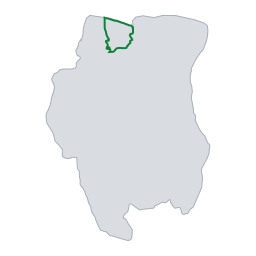 where Coronie sits in Suriname
{"feature_id": "SUR-71", "entity_name": "Coronie", "entity_type": "District", "adm_level": 1, "iso_a3": "SUR", "parent_name": "Suriname", "parent_adm1": "", "projection": "equal_earth", "projection_center": [-56.304, 5.634], "detail": "fine", "context": "in_parent", "style": "outline", "palette": "green", "viewbox_px": 256, "rotation_deg": 0, "n_neighbors": 0, "source": "natural_earth", "source_scale": "10m", "svg_char_len": 3506}
<svg xmlns="http://www.w3.org/2000/svg" viewBox="0 0 256 256"><path d="M203.1,49.7L199.7,53.6L196.0,59.1L191.2,68.5L191.4,71.5L190.4,73.8L190.1,78.1L190.5,82.8L191.7,85.9L192.3,91.8L191.3,97.2L191.7,100.2L192.7,105.1L193.5,110.4L193.4,112.5L194.6,114.2L195.7,115.9L195.3,120.5L199.2,128.8L201.5,132.5L204.9,136.0L206.2,139.4L208.1,143.6L209.2,144.1L209.9,145.7L209.3,149.0L209.1,153.4L207.0,158.6L201.9,168.0L201.3,170.3L202.6,178.1L201.9,184.6L201.6,187.6L199.2,193.3L193.3,207.0L190.0,209.5L187.9,213.4L186.6,213.5L185.2,213.8L184.7,214.3L182.9,214.3L181.4,212.5L181.2,210.5L180.4,208.1L178.6,207.4L175.2,208.2L174.2,207.6L172.2,205.1L170.5,202.3L170.1,199.6L169.0,199.9L166.4,202.3L164.6,202.8L163.2,202.2L161.6,202.3L157.7,204.9L155.3,205.5L153.7,208.1L142.7,209.3L139.8,210.0L133.2,205.5L131.5,204.0L130.6,203.8L129.9,204.0L129.2,205.0L128.1,210.7L127.1,212.3L125.4,213.5L123.7,215.8L123.3,218.0L125.9,219.2L128.1,223.5L130.4,226.9L132.3,229.9L132.1,233.3L131.7,238.2L130.4,239.8L128.1,240.6L119.7,238.3L113.3,236.2L110.6,235.7L109.4,235.2L107.8,233.4L106.2,231.8L103.6,231.2L100.5,230.1L98.2,225.8L95.8,219.8L95.0,217.0L93.2,214.4L91.3,210.6L90.8,207.3L89.4,204.2L88.7,203.2L87.6,199.0L87.4,197.4L86.9,197.2L86.1,195.9L84.7,191.4L84.3,190.3L83.7,189.9L82.0,186.8L80.6,185.7L80.1,184.1L80.2,179.7L79.5,177.6L79.3,173.5L79.3,171.8L78.6,170.0L77.4,168.8L77.2,165.9L76.9,158.6L76.4,157.3L71.4,157.4L70.9,158.1L68.8,158.5L66.4,158.6L64.3,157.6L62.5,156.3L62.2,154.7L62.4,149.7L59.6,145.8L55.0,141.1L53.7,135.0L52.0,131.2L47.0,123.4L46.1,118.0L46.1,114.1L47.9,110.6L50.4,104.5L51.4,98.9L52.1,96.0L53.4,92.2L54.5,87.2L53.7,84.2L52.2,81.2L51.7,79.0L53.1,75.7L54.6,73.4L56.2,73.1L58.3,71.7L60.0,69.7L62.5,69.2L65.6,69.0L72.0,69.0L75.3,68.1L76.3,66.5L76.2,63.5L77.8,60.7L79.5,59.5L80.2,58.6L80.3,57.6L79.8,56.7L79.2,56.0L77.4,55.8L75.8,51.0L76.9,48.9L78.3,45.1L78.7,42.9L80.8,39.5L81.3,40.5L83.0,34.3L83.2,29.2L84.4,24.3L86.4,18.3L89.9,15.4L110.1,18.4L119.4,21.2L131.3,26.1L133.0,31.3L133.1,26.1L132.5,20.8L135.8,17.1L143.0,15.8L153.8,17.6L163.1,15.4L175.8,15.6L195.0,19.9L203.6,22.8L207.2,25.4L207.9,30.2L207.5,36.2L206.1,42.0L203.1,49.7Z" fill="#d9dde1" stroke="#a8b0b8" stroke-width="1"/><path d="M104.6,17.7L105.0,17.9L105.8,18.2L107.7,18.4L112.0,19.8L114.6,20.7L116.7,20.8L118.5,21.5L119.9,22.0L121.2,22.5L123.9,23.2L125.5,24.0L126.5,24.3L127.3,24.5L128.9,25.3L131.5,25.6L132.2,26.7L132.8,27.1L133.0,27.8L133.0,32.5L132.9,32.8L132.4,33.6L131.8,33.8L130.7,33.9L130.3,34.1L130.1,34.3L130.0,34.6L129.9,35.0L129.9,35.3L130.0,35.7L130.2,36.1L130.5,36.7L131.5,38.3L131.7,38.5L132.0,38.9L132.2,39.9L130.6,40.6L130.1,41.1L130.0,41.3L130.0,41.6L130.4,42.5L130.3,43.1L130.2,43.3L129.7,43.5L128.7,44.3L128.4,44.7L128.1,45.5L127.9,45.7L127.2,45.9L126.5,47.8L126.1,48.0L123.6,48.2L119.7,47.9L117.3,48.2L116.5,48.5L115.9,49.0L115.2,50.0L114.4,50.9L113.8,51.4L113.2,51.8L109.4,52.0L109.8,51.4L110.1,51.1L110.3,50.7L110.3,50.1L110.1,49.6L109.8,48.7L109.6,48.1L109.3,47.5L109.0,47.3L108.8,47.4L108.6,47.6L108.4,47.9L108.3,48.7L108.2,49.0L107.6,48.9L107.0,48.7L106.7,48.6L106.6,48.3L106.7,48.0L106.9,47.7L106.9,47.1L107.1,46.7L107.3,46.5L107.5,46.1L107.7,45.6L107.7,44.8L107.6,44.3L107.4,43.8L106.1,42.0L105.9,41.5L106.0,41.1L106.5,41.1L107.0,40.9L107.2,40.6L107.4,40.3L107.7,40.2L107.9,40.4L108.4,40.7L108.6,40.7L108.7,40.4L108.8,39.8L108.8,39.2L108.7,38.9L107.2,36.5L106.2,33.7L106.1,33.1L106.0,31.9L105.8,31.4L105.4,30.5L104.8,28.6L104.7,27.3L104.6,18.2L104.6,17.7Z" fill="none" stroke="#15803d" stroke-width="2"/></svg>